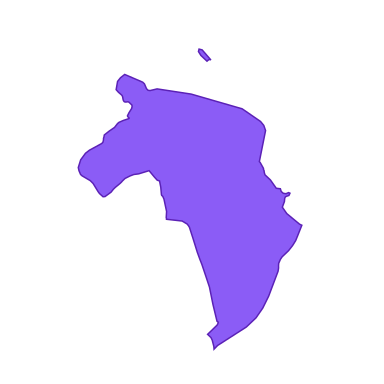 Groningen, Mercator projection, rotated 25°
{"feature_id": "NLD-897", "entity_name": "Groningen", "entity_type": "Province", "adm_level": 1, "iso_a3": "NLD", "parent_name": "Netherlands", "parent_adm1": "", "projection": "mercator", "projection_center": [6.616, 53.2], "detail": "fine", "context": "isolated", "style": "filled", "palette": "violet", "viewbox_px": 384, "rotation_deg": 25, "n_neighbors": 0, "source": "natural_earth", "source_scale": "10m", "svg_char_len": 2028}
<svg xmlns="http://www.w3.org/2000/svg" viewBox="0 0 384 384"><g transform="rotate(25 192 192)"><path d="M305.6,175.7L306.2,186.3L306.5,192.2L305.8,198.0L304.3,204.4L301.1,212.6L300.6,215.6L300.7,220.0L301.6,222.3L302.6,224.3L303.5,227.5L305.5,254.0L305.2,267.3L303.2,279.0L298.3,291.4L280.1,320.2L278.4,325.1L278.3,324.9L277.1,322.8L273.0,317.8L270.7,315.9L266.3,314.4L271.0,302.0L271.1,300.5L270.8,298.9L269.3,298.6L258.4,284.9L248.0,270.8L239.4,261.7L231.6,253.5L227.4,249.5L222.2,244.3L212.4,233.5L204.6,225.1L203.3,224.2L201.2,223.1L195.3,222.5L181.6,227.1L180.4,227.5L180.0,226.7L179.5,226.2L177.2,220.4L169.6,210.3L167.3,208.3L166.0,207.9L165.4,207.3L161.7,200.9L157.9,195.7L155.5,196.0L151.5,194.3L144.1,190.8L136.0,198.1L131.9,200.7L129.0,203.7L125.6,208.0L124.2,211.6L124.0,212.5L123.3,214.4L120.5,220.3L119.6,222.7L118.7,226.4L115.1,232.9L113.4,233.9L108.8,232.5L106.8,231.4L98.8,226.1L95.0,224.7L85.5,223.8L83.6,223.2L80.6,220.5L78.6,217.9L77.5,209.9L79.1,201.9L81.4,197.4L89.6,186.3L90.2,184.8L90.1,183.8L89.9,182.7L89.5,181.6L89.1,180.7L88.9,179.1L88.4,177.4L91.2,171.8L94.5,166.2L95.6,161.4L96.4,159.7L99.5,156.2L103.2,152.7L103.8,152.0L103.8,151.6L102.3,151.0L101.7,150.7L101.3,150.2L101.4,146.6L102.0,141.9L101.6,139.9L100.8,138.6L96.7,137.2L96.0,137.3L95.3,137.6L94.1,138.4L93.3,138.7L92.6,138.8L92.0,138.6L91.2,138.1L90.3,137.1L89.0,135.2L88.2,134.4L87.4,133.9L83.2,132.7L80.0,131.3L77.8,123.2L78.9,118.7L81.3,113.9L100.9,113.3L103.2,114.1L107.1,117.6L109.2,118.4L111.1,117.8L116.8,113.3L149.9,103.6L202.3,95.4L224.3,99.1L228.9,101.3L232.7,105.2L240.2,136.0L241.4,136.5L246.8,140.4L247.2,141.3L248.2,142.1L249.3,143.8L250.9,145.6L257.9,147.9L266.8,153.0L270.7,151.7L272.6,153.8L275.3,154.6L277.9,153.8L279.8,151.7L281.3,151.7L281.3,154.2L279.6,155.8L278.7,156.9L278.7,158.5L279.8,161.6L280.3,167.6L287.0,171.5L303.1,175.7L305.6,175.7ZM138.0,59.5L141.1,58.9L153.4,64.4L152.4,64.3L151.6,64.8L150.9,65.7L150.3,67.1L142.4,64.5L138.5,62.0L138.0,59.5Z" fill="#8b5cf6" stroke="#5b21b6" stroke-width="1.5"/></g></svg>